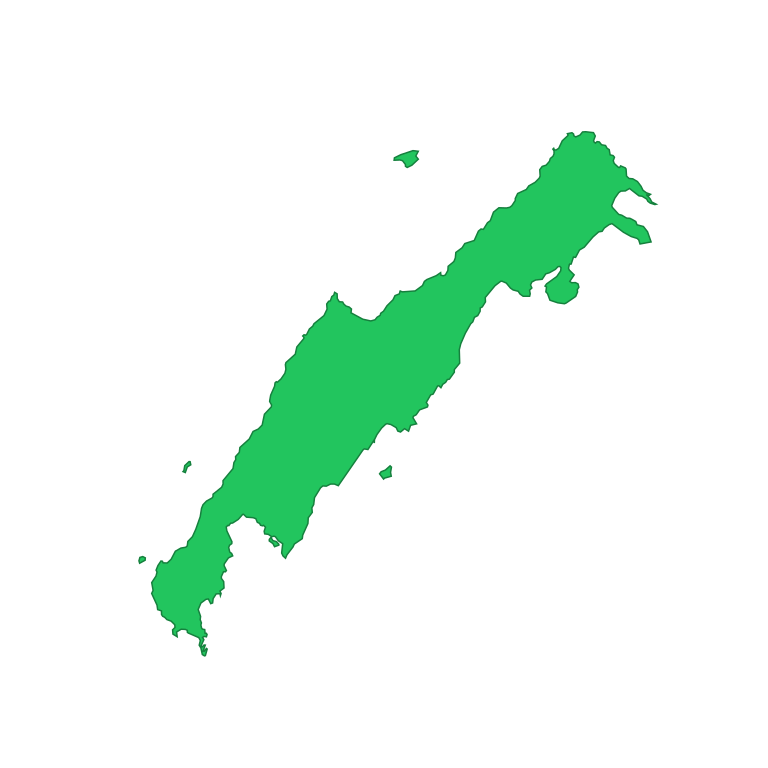 the district of Kritis, Kriti, Greece, rotated 127°
{"feature_id": "26713481B79456911033966", "entity_name": "Kritis", "entity_type": "district", "adm_level": 2, "iso_a3": "GRC", "parent_name": "Greece", "parent_adm1": "Kriti", "projection": "orthographic", "projection_center": [24.889, 35.249], "detail": "fine", "context": "isolated", "style": "filled", "palette": "green", "viewbox_px": 768, "rotation_deg": 127, "n_neighbors": 0, "source": "geoboundaries", "source_scale": "gbopen_adm2", "svg_char_len": 6113}
<svg xmlns="http://www.w3.org/2000/svg" viewBox="0 0 768 768"><g transform="rotate(127 384 384)"><path d="M126.8,301.9L121.1,300.1L118.7,298.4L118.7,284.0L117.5,275.4L115.4,269.5L115.6,267.3L118.1,263.8L109.8,256.2L103.8,265.2L102.1,271.6L104.6,277.8L102.7,280.7L103.2,284.7L103.7,287.4L105.5,290.0L106.1,295.7L107.3,298.6L105.5,308.0L104.5,309.5L96.7,311.5L89.9,311.7L87.4,310.9L84.5,307.4L80.1,305.6L80.3,293.6L78.7,290.9L78.2,285.5L79.3,283.2L79.3,280.2L77.7,275.7L76.6,274.8L77.5,279.7L75.9,283.0L74.9,288.5L74.0,285.8L72.1,285.3L73.4,289.6L73.4,293.8L71.4,297.7L69.8,303.4L70.4,308.8L72.4,312.0L72.0,315.4L66.6,320.1L66.2,321.4L67.4,326.3L69.2,326.1L69.9,327.0L69.3,332.9L67.7,335.3L64.2,336.4L63.7,338.5L64.9,341.3L61.3,345.2L61.5,347.7L60.2,350.6L62.0,354.2L61.1,357.7L62.2,359.7L64.4,360.1L64.3,362.0L63.4,363.1L58.8,364.5L57.2,368.0L61.2,374.8L63.2,377.1L67.3,377.3L71.3,379.6L71.5,381.8L70.3,383.0L70.2,385.1L73.7,388.2L74.4,386.8L75.4,386.7L82.4,388.0L90.6,386.3L93.4,387.3L94.5,388.8L93.6,390.3L94.8,390.5L95.5,388.5L97.9,386.7L100.5,386.1L103.8,386.9L106.6,385.9L111.6,386.2L115.0,388.6L119.1,388.6L124.0,384.4L126.2,383.9L132.0,384.7L138.6,387.6L143.0,387.4L151.4,391.9L156.9,390.8L158.4,389.6L164.7,389.2L167.2,389.9L169.8,392.2L174.1,398.3L180.8,400.0L189.6,397.4L192.9,398.4L200.7,397.7L201.8,399.8L205.1,400.6L215.1,398.3L223.2,404.0L228.2,403.6L235.7,405.8L240.4,402.9L244.1,401.9L251.4,403.6L254.9,401.3L260.0,400.6L261.9,401.8L262.9,404.0L261.0,405.8L266.1,407.5L274.7,412.6L277.7,413.5L282.2,412.5L290.9,415.1L299.3,424.7L300.0,426.8L299.5,427.3L302.8,426.0L306.8,428.4L311.4,427.5L319.7,428.7L326.2,428.2L329.5,429.2L331.5,428.4L334.8,429.7L338.1,429.8L341.6,432.5L345.0,439.9L347.0,453.2L343.7,455.1L343.5,458.1L344.6,461.2L344.4,464.0L343.4,466.4L345.2,469.2L343.9,472.7L340.2,475.7L340.5,478.6L343.2,477.6L345.6,478.3L349.8,476.9L351.3,478.0L354.6,477.9L358.5,474.5L365.5,473.1L378.0,476.2L380.7,475.7L384.9,476.7L390.8,475.6L392.2,476.0L392.8,477.5L394.6,477.8L394.9,476.0L396.0,475.4L406.9,475.9L413.6,472.8L425.9,475.2L427.9,474.4L431.3,471.2L435.1,469.6L442.0,469.3L446.7,470.2L447.0,471.4L448.6,471.7L451.7,470.0L461.1,467.8L465.8,465.4L466.8,464.8L468.4,461.2L470.1,460.2L480.1,461.3L490.1,456.6L495.6,457.3L500.7,460.0L509.0,458.5L521.4,460.9L525.7,458.4L531.3,458.9L533.6,456.9L537.0,456.6L542.4,453.7L558.1,454.4L560.7,452.3L564.2,451.5L574.9,454.2L576.8,452.8L578.4,452.7L584.3,455.3L589.3,455.9L593.1,454.9L600.6,450.9L613.2,446.9L621.2,445.1L627.8,445.9L631.7,443.7L633.7,444.1L637.3,447.5L643.1,450.0L652.1,448.5L657.4,449.4L659.8,452.8L658.9,454.3L659.6,455.6L665.0,455.3L669.8,454.0L670.8,452.1L674.6,450.5L682.4,450.0L687.8,444.2L691.1,443.5L697.2,432.2L700.4,429.0L699.1,425.2L702.0,422.9L702.7,421.0L702.3,418.8L702.8,415.6L701.5,411.3L702.2,406.2L704.2,404.4L707.6,404.9L710.8,402.0L710.3,397.1L706.9,400.4L701.9,398.4L699.5,394.9L699.1,392.8L700.6,391.7L700.7,390.6L698.0,379.3L699.4,376.3L703.8,374.4L705.0,371.4L709.4,366.3L709.2,363.8L708.4,363.2L702.1,365.7L702.1,366.7L705.5,366.7L706.3,367.7L700.1,369.6L700.7,370.6L703.2,370.9L703.7,371.6L703.1,372.5L696.6,374.0L695.6,376.4L693.9,375.8L692.8,373.7L690.6,374.5L690.0,375.8L690.8,376.8L688.0,379.4L689.0,381.4L688.8,382.6L686.7,385.2L684.7,386.0L682.8,389.0L680.0,390.6L675.9,396.7L669.1,398.4L663.1,396.6L661.4,394.9L663.7,390.2L662.0,389.1L658.2,391.3L652.6,391.7L650.2,388.8L651.5,387.3L649.4,388.0L648.1,390.4L643.2,389.0L638.3,393.1L637.1,396.9L635.7,398.0L630.5,399.2L629.4,397.6L627.8,397.6L625.3,402.4L623.9,403.3L616.5,403.6L612.3,401.4L611.0,403.7L611.0,406.1L608.0,409.7L605.7,410.3L603.1,409.5L601.5,410.5L595.9,421.1L593.1,424.0L590.9,423.6L590.5,422.7L587.5,422.7L586.1,421.2L579.8,418.9L573.2,418.4L572.6,417.8L573.1,413.7L569.5,408.0L568.7,405.3L570.7,401.9L570.2,399.5L571.1,397.6L570.4,395.7L569.4,395.2L569.7,392.5L573.7,391.1L575.5,389.1L573.7,385.9L573.5,381.6L571.8,380.4L571.3,378.8L572.8,374.0L572.5,368.8L580.6,364.0L582.1,361.2L582.4,357.8L578.8,358.7L568.9,358.6L565.8,359.3L556.7,356.2L553.5,358.0L541.2,360.8L536.4,364.0L529.7,364.0L526.3,367.1L522.6,367.6L516.6,371.1L505.1,372.2L502.2,371.5L500.3,368.6L496.1,366.5L493.7,363.3L492.7,359.3L449.4,361.1L447.7,360.7L446.0,357.4L434.7,358.2L437.0,356.2L434.2,358.1L428.7,359.2L420.6,359.4L415.3,358.5L413.9,357.8L412.2,354.1L411.5,348.0L413.3,344.6L412.4,341.9L407.3,340.7L406.9,336.0L401.0,337.9L396.2,334.0L393.5,340.6L392.1,341.1L389.2,339.8L383.2,340.0L376.2,335.5L374.4,336.2L373.3,339.1L364.6,340.2L362.5,338.7L353.4,340.0L352.4,339.2L352.7,336.3L348.9,336.9L345.6,335.8L342.3,336.1L340.8,334.7L332.3,334.9L330.2,336.5L321.8,336.1L311.3,344.5L305.7,346.9L294.5,349.6L283.7,351.0L280.9,350.5L276.3,351.9L273.0,350.3L268.1,351.0L265.4,352.9L263.3,351.9L257.3,352.4L254.0,355.2L238.7,354.5L231.7,352.6L230.9,351.7L229.8,347.1L231.3,340.7L231.2,337.5L229.2,332.6L230.3,329.5L230.2,325.7L226.3,320.5L224.0,321.5L221.5,324.2L218.3,323.7L216.7,326.6L213.6,327.3L209.7,325.5L205.2,320.7L198.7,321.1L195.5,318.8L189.3,316.1L185.6,315.7L184.3,314.3L184.5,312.7L187.3,311.0L194.2,310.7L206.2,314.4L208.9,314.3L208.7,312.6L213.0,310.2L213.4,307.8L217.2,301.9L214.6,294.1L211.3,288.2L209.8,287.3L198.7,283.6L194.0,284.8L192.4,286.4L189.4,286.6L187.3,289.3L187.8,292.1L190.2,295.1L190.3,297.4L182.4,297.8L181.5,304.6L180.5,306.3L177.0,307.9L176.3,307.8L175.8,306.8L175.3,306.8L168.6,309.1L167.6,307.2L159.3,308.5L154.2,306.4L140.9,305.6L133.3,304.1L130.8,301.7L126.8,301.9ZM197.1,495.8L192.5,493.4L183.8,491.9L182.8,495.8L177.5,496.7L180.2,501.3L190.6,508.5L197.1,511.8L199.2,510.6L195.5,506.1L194.5,503.6L195.8,499.0L197.2,497.9L197.1,495.8ZM453.3,322.7L450.6,325.6L445.9,328.0L445.7,329.9L451.9,331.1L455.8,333.5L458.4,333.5L460.2,327.1L458.8,326.9L453.3,322.7ZM577.1,382.1L578.4,381.2L578.3,376.7L579.8,373.5L576.0,371.0L575.3,371.5L574.6,375.1L575.9,378.4L574.6,382.0L577.1,382.1ZM574.9,491.8L574.3,489.4L568.6,491.2L564.8,489.7L562.7,492.1L563.3,493.0L569.1,494.0L573.6,491.7L574.9,491.8ZM669.4,474.6L672.7,473.3L674.2,471.3L668.5,468.7L666.5,470.0L667.0,472.8L669.4,474.6Z" fill="#22c55e" stroke="#15803d" stroke-width="1.5"/></g></svg>